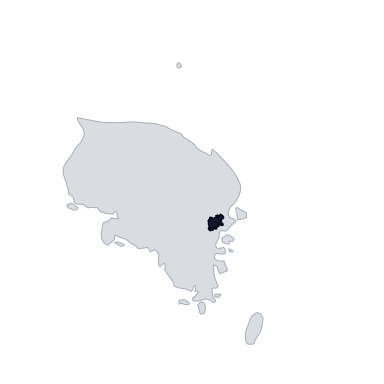 Jinju-si, South Gyeongsang, South Korea shown in context, rotated 304°
{"feature_id": "91817680B32789615967236", "entity_name": "Jinju-si", "entity_type": "district", "adm_level": 2, "iso_a3": "KOR", "parent_name": "South Korea", "parent_adm1": "South Gyeongsang", "projection": "orthographic", "projection_center": [128.134, 35.192], "detail": "fine", "context": "in_parent", "style": "filled", "palette": "ink", "viewbox_px": 384, "rotation_deg": 304, "n_neighbors": 0, "source": "geoboundaries", "source_scale": "gbopen_adm2", "svg_char_len": 4585}
<svg xmlns="http://www.w3.org/2000/svg" viewBox="0 0 384 384"><g transform="rotate(304 192 192)"><path d="M120.2,97.6L121.4,96.7L121.5,95.3L121.6,90.8L125.1,87.7L130.2,81.4L132.7,77.9L135.5,74.7L138.7,72.5L141.8,71.5L146.8,71.1L156.2,71.6L158.1,71.3L164.6,71.0L166.2,71.5L170.9,71.9L176.2,71.5L178.9,70.6L181.4,69.0L183.5,66.1L185.7,60.7L188.1,56.4L189.5,55.6L199.2,78.1L208.6,92.7L216.6,103.1L228.2,123.3L231.7,134.2L232.1,140.9L234.2,150.1L232.6,155.5L233.2,163.8L232.5,168.1L231.2,171.3L231.2,177.4L231.7,180.6L231.8,185.0L232.7,186.6L234.0,187.2L236.1,185.6L238.7,184.9L238.3,190.1L235.4,203.3L232.8,212.9L229.2,221.3L224.5,228.9L218.9,232.0L214.9,233.1L207.3,233.5L201.0,232.3L195.6,233.2L193.4,234.8L191.8,237.6L193.0,241.8L192.8,244.9L190.5,244.7L185.9,242.9L180.8,242.6L178.4,241.7L176.0,237.3L173.5,237.4L169.2,240.0L162.7,240.6L160.4,242.0L159.5,243.9L160.5,246.2L163.8,249.3L162.6,252.4L159.2,253.9L156.4,250.1L154.7,246.4L152.8,246.1L149.8,247.2L149.1,251.2L150.5,254.0L152.8,257.2L149.6,260.8L148.7,263.4L146.3,265.3L140.1,261.1L141.0,258.1L143.8,255.3L144.1,252.3L143.2,250.6L134.2,257.9L128.6,266.4L125.6,265.7L124.4,263.5L122.7,262.6L116.6,268.0L115.4,272.3L113.2,272.4L112.3,270.6L112.3,266.6L111.3,263.3L105.2,258.4L102.4,254.1L104.0,251.8L109.1,253.2L113.3,253.1L112.5,251.1L111.2,250.1L113.9,249.0L116.2,246.7L114.3,246.1L111.4,247.4L109.1,246.7L108.2,241.1L105.4,235.4L104.0,229.9L106.9,226.8L108.5,221.9L111.2,214.8L112.6,212.5L116.3,210.9L117.6,209.1L115.6,208.1L112.4,207.2L112.6,205.2L114.8,204.1L117.2,201.8L122.0,199.2L123.6,194.0L122.2,192.7L119.3,191.4L120.0,188.8L121.2,186.8L120.8,185.6L117.4,182.1L115.1,179.0L115.8,175.5L115.4,170.2L115.8,165.7L115.7,163.3L114.1,157.8L113.4,152.4L111.2,153.1L109.4,154.4L103.0,152.4L101.0,152.3L100.3,148.2L102.7,143.2L108.2,138.9L111.3,138.4L113.7,136.5L117.3,136.0L121.7,139.1L125.6,139.7L127.7,144.9L129.0,146.0L129.4,144.1L132.6,141.9L133.3,140.3L132.7,139.3L129.0,138.4L125.8,131.9L125.4,129.1L124.2,127.3L126.1,122.2L122.4,116.4L120.6,114.5L120.9,109.2L119.0,105.9L117.9,104.0L117.3,100.9L117.9,99.4L119.6,98.9L120.2,97.6ZM103.8,327.3L101.8,328.4L100.1,327.6L99.6,327.1L97.6,324.2L97.0,322.7L98.5,319.9L104.4,315.3L119.5,311.1L122.2,310.9L128.2,312.9L129.4,316.6L128.2,319.6L126.9,321.7L119.9,325.1L114.5,326.7L103.8,327.3ZM205.2,248.5L201.3,251.6L196.0,247.4L194.7,245.1L198.7,241.7L202.1,237.9L204.3,237.6L205.2,248.5ZM177.2,248.2L176.7,253.1L173.8,253.3L172.0,250.1L170.2,251.7L169.2,251.7L167.8,247.8L167.5,244.7L171.0,242.3L173.0,243.8L176.0,244.5L177.2,248.2ZM100.9,269.4L98.2,270.1L96.7,268.3L95.7,267.8L96.3,265.6L100.8,261.2L101.6,259.7L105.6,260.7L107.1,263.0L105.2,266.6L100.9,269.4ZM115.6,99.8L115.3,106.5L113.1,106.1L111.7,105.4L111.0,104.1L109.6,97.9L111.4,95.4L114.6,97.5L115.6,99.8ZM98.7,251.1L98.1,252.3L96.3,251.9L94.5,248.4L93.8,245.7L92.0,244.1L95.0,241.8L98.6,246.2L98.7,251.1ZM110.4,162.5L109.8,165.7L107.1,163.5L106.5,156.3L109.2,158.5L110.4,162.5ZM291.3,111.8L289.6,113.3L287.4,111.9L287.1,110.3L288.2,108.9L290.7,108.0L292.0,109.2L291.3,111.8ZM122.5,271.1L123.2,273.5L119.8,273.0L118.0,270.6L118.3,268.7L120.3,268.4L122.5,271.1ZM166.1,257.8L165.6,259.3L163.5,257.0L165.6,254.4L166.1,257.8Z" fill="#d9dde1" stroke="#a8b0b8" stroke-width="1"/><path d="M178.6,221.4L176.8,221.7L176.6,222.0L176.6,222.4L176.5,222.9L175.6,223.2L175.1,223.2L174.7,223.7L174.1,224.1L173.4,224.9L173.4,225.2L173.4,226.0L173.2,226.4L172.3,226.2L172.0,225.8L171.4,225.8L171.0,226.2L170.9,227.0L170.5,227.4L170.2,227.2L170.1,227.9L170.1,228.5L170.4,229.1L170.9,229.4L171.3,229.5L171.7,229.7L171.8,230.2L172.0,230.4L172.1,230.7L174.2,230.7L174.7,231.0L174.5,232.1L174.7,232.6L175.2,233.0L175.7,232.7L176.3,232.3L176.8,232.2L177.6,232.8L178.0,233.0L178.3,233.3L178.9,233.3L179.4,232.8L180.3,232.8L181.1,233.0L181.5,233.7L181.5,234.0L181.0,234.2L180.7,234.4L180.7,235.0L180.9,235.4L181.4,235.6L181.5,235.7L182.0,236.2L182.5,235.8L182.9,235.4L183.1,235.1L183.1,234.7L182.3,234.7L182.1,234.3L182.2,233.8L182.7,233.5L183.0,233.1L183.6,232.8L184.2,232.8L184.6,232.2L185.2,232.0L185.8,231.9L186.4,232.0L186.9,232.4L187.6,232.5L188.2,232.5L188.7,232.4L188.9,231.9L188.9,231.6L189.4,231.0L189.5,230.5L189.4,228.4L189.3,228.1L188.9,228.0L188.1,228.1L187.7,228.0L187.6,227.5L187.2,227.2L187.2,226.8L187.2,226.3L186.7,225.9L185.8,225.2L185.6,225.6L184.9,225.8L184.5,225.9L184.0,225.8L183.6,225.1L183.2,225.2L182.8,225.8L182.5,225.7L182.3,224.6L182.1,224.4L181.9,224.1L181.7,222.6L181.7,221.9L181.0,221.1L180.6,221.1L180.3,221.4L179.5,221.9L179.1,222.1L178.6,221.4Z" fill="#0f172a" stroke="#020617" stroke-width="1.5"/></g></svg>